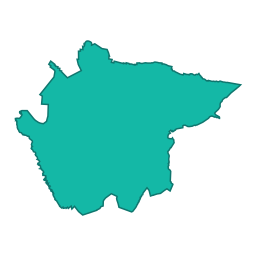 Chalchicomula de Sesma, Puebla, Mexico
{"feature_id": "50627088B80469621247592", "entity_name": "Chalchicomula de Sesma", "entity_type": "district", "adm_level": 2, "iso_a3": "MEX", "parent_name": "Mexico", "parent_adm1": "Puebla", "projection": "albers", "projection_center": [-97.433, 18.977], "detail": "fine", "context": "isolated", "style": "filled", "palette": "teal", "viewbox_px": 256, "rotation_deg": 0, "n_neighbors": 0, "source": "geoboundaries", "source_scale": "gbopen_adm2", "svg_char_len": 5685}
<svg xmlns="http://www.w3.org/2000/svg" viewBox="0 0 256 256"><path d="M77.1,59.3L78.3,64.5L81.3,70.6L67.4,77.8L61.5,71.8L61.6,71.0L59.6,70.5L59.8,68.4L57.7,68.1L57.9,66.7L55.7,66.4L55.8,65.9L54.5,65.0L54.9,64.4L50.7,61.1L48.8,64.3L50.9,65.9L50.2,67.0L54.4,70.1L54.3,70.3L55.0,71.2L54.0,77.0L39.9,94.6L42.3,96.1L41.6,104.1L48.3,104.5L47.9,116.6L47.7,116.8L46.5,121.4L43.4,123.7L40.8,123.3L39.3,122.8L38.1,122.2L35.4,120.4L33.7,118.7L27.2,110.6L21.9,110.6L19.7,111.6L19.6,112.5L19.9,113.2L20.2,113.5L20.3,112.5L20.7,112.1L21.1,112.0L21.0,112.6L21.9,114.6L21.7,115.5L21.1,116.5L19.7,118.2L19.3,118.4L17.0,118.2L15.4,118.5L15.5,119.8L16.1,120.1L16.0,120.3L16.3,120.2L16.8,121.3L16.6,121.4L16.9,122.7L16.8,124.6L17.3,126.0L17.3,127.6L17.8,129.0L18.5,130.0L19.0,131.3L19.6,132.2L19.9,132.4L21.4,132.7L22.4,134.2L23.2,134.7L23.2,134.9L23.8,134.9L24.0,134.6L24.4,135.1L26.1,135.3L27.3,136.1L27.9,136.3L28.3,136.2L28.7,136.5L29.1,136.5L29.1,137.2L29.4,137.8L29.4,138.5L31.8,140.4L32.3,141.0L32.4,142.3L32.0,142.8L31.4,144.7L31.8,145.7L32.4,146.6L31.6,146.9L31.5,148.2L31.7,148.7L31.4,148.7L31.6,149.1L32.1,149.2L32.2,149.4L33.0,150.4L33.5,151.7L34.9,152.1L35.5,152.5L35.7,154.2L35.3,154.5L35.7,155.5L36.5,156.2L37.3,157.2L37.6,158.9L37.1,159.4L38.4,159.9L39.7,161.4L38.3,163.6L37.9,163.4L37.7,164.1L39.1,164.5L39.3,164.7L38.7,165.1L39.0,165.3L39.8,165.4L40.4,165.9L40.5,166.8L40.5,168.0L40.9,168.2L40.0,168.7L41.6,169.1L41.4,169.1L41.5,169.3L42.2,170.3L42.7,170.4L43.1,171.0L43.3,171.7L43.3,172.5L43.5,172.5L42.7,173.7L43.1,174.6L42.8,174.9L42.9,175.4L44.2,175.4L45.4,175.8L45.9,176.1L45.3,177.4L45.3,177.9L45.8,177.9L45.5,178.6L44.7,179.2L44.4,178.9L43.8,179.5L44.0,179.9L44.6,179.5L45.0,179.9L45.3,179.8L45.0,180.3L45.5,180.3L45.7,180.5L46.4,180.3L47.8,181.2L46.8,181.0L46.3,181.6L46.6,181.9L47.0,181.7L47.1,182.0L46.7,182.3L46.9,182.3L47.1,182.7L47.7,183.0L47.9,183.4L47.6,183.4L47.5,183.1L46.6,183.7L47.3,184.2L48.0,183.8L47.7,184.4L47.8,185.0L49.0,185.0L48.7,185.1L48.8,186.0L49.4,185.9L49.3,186.1L49.5,186.2L49.3,186.4L49.5,186.5L48.9,186.7L49.0,186.9L49.5,186.7L49.7,187.1L49.2,187.5L49.3,188.1L49.2,188.3L49.3,188.6L50.9,189.4L50.5,189.5L50.8,190.2L51.1,190.1L51.3,190.4L50.9,190.7L50.9,191.0L51.6,191.4L52.3,191.1L52.7,192.6L53.1,192.4L53.7,193.8L53.0,194.3L53.4,195.9L53.9,196.4L54.1,197.1L55.1,198.8L54.9,199.5L55.9,200.4L56.4,200.5L58.4,203.9L59.1,205.1L59.9,206.0L59.7,206.3L61.7,208.0L63.0,207.2L63.3,208.3L66.2,207.8L66.3,208.2L67.6,207.2L68.3,208.4L71.1,206.1L71.9,209.0L74.5,206.3L78.6,211.6L82.7,215.0L96.8,210.3L96.8,210.0L99.8,208.5L101.0,206.6L103.1,206.0L103.3,201.3L103.7,200.3L105.5,198.0L111.3,193.7L116.9,196.3L117.1,196.8L116.6,198.3L116.9,200.0L118.1,203.6L119.0,207.3L131.6,211.9L132.8,211.3L135.8,207.4L136.8,205.5L136.8,205.1L137.5,204.3L137.9,203.1L138.3,202.8L138.3,202.3L139.0,201.8L139.1,201.3L138.9,200.9L139.1,200.5L139.8,199.8L139.7,199.3L140.2,198.9L140.4,198.4L140.2,197.3L140.5,197.0L141.3,196.8L141.5,196.4L141.5,195.4L142.7,194.7L142.9,194.0L142.9,193.4L143.2,192.8L147.0,187.8L149.1,190.4L150.5,196.0L153.3,195.1L153.6,195.2L153.9,195.0L156.9,194.0L160.5,193.4L164.6,190.3L166.9,188.8L170.1,191.0L172.9,184.4L172.8,184.1L171.2,183.1L171.1,182.0L170.6,181.7L170.3,181.1L170.7,171.3L169.9,170.0L168.7,169.2L168.3,168.4L168.1,166.2L168.6,165.8L168.9,165.1L168.3,163.8L168.7,163.7L168.9,163.4L168.8,162.8L169.0,162.5L168.8,162.2L169.1,161.9L169.0,161.6L169.0,161.0L168.8,160.5L168.7,159.0L169.2,155.9L168.7,154.4L168.1,153.5L167.8,151.6L169.2,150.0L170.5,147.7L171.0,147.7L174.1,142.7L173.8,141.0L173.8,139.9L173.2,139.4L172.5,137.9L172.0,138.5L171.2,138.8L169.0,138.5L168.3,138.2L167.8,137.6L168.0,135.6L168.6,134.1L170.3,133.2L169.2,131.5L170.8,130.2L171.7,131.4L172.3,130.8L172.9,131.7L173.3,131.3L173.8,131.2L174.1,130.7L175.4,130.1L175.6,129.8L175.4,129.7L176.4,128.9L182.8,127.7L182.9,125.7L183.8,125.2L185.3,125.2L187.8,126.5L189.2,126.6L192.2,126.2L194.3,125.2L195.5,125.5L196.3,125.0L197.0,125.0L202.8,122.2L208.5,118.3L209.7,116.7L211.4,116.1L212.5,116.2L214.5,117.1L215.1,116.8L216.7,117.6L218.2,117.6L218.8,117.9L219.2,118.4L219.5,118.4L219.5,117.3L219.2,116.8L215.7,114.8L215.0,113.8L214.8,113.3L215.0,112.6L215.3,112.3L218.4,109.4L220.0,106.9L220.2,106.1L220.0,105.0L220.3,103.3L220.7,102.4L221.9,101.5L222.5,99.9L222.9,99.4L225.0,97.7L226.5,97.5L227.0,97.1L231.0,92.9L238.9,86.5L240.6,84.8L227.2,82.4L226.0,82.5L225.0,82.2L223.0,82.0L220.2,81.1L219.7,81.2L219.0,81.6L218.1,81.8L216.3,81.2L215.1,81.6L213.6,81.2L212.8,81.4L211.1,81.2L209.7,80.7L209.0,80.7L208.5,80.4L208.1,80.5L207.9,81.0L207.3,80.7L206.5,80.8L205.2,79.6L204.3,79.1L202.6,78.7L202.0,77.4L201.4,77.3L201.0,76.3L199.7,75.0L198.9,73.5L197.7,74.6L196.8,74.3L196.3,74.4L195.6,74.6L195.1,75.1L193.9,74.9L192.2,73.9L191.7,73.8L190.1,73.8L189.6,74.8L189.4,74.8L188.8,74.8L188.5,74.5L186.0,74.4L186.0,74.2L183.7,73.5L183.4,74.7L183.1,74.9L180.1,74.2L176.3,72.3L175.4,72.0L174.5,71.1L172.9,70.9L172.4,70.4L171.9,69.5L172.1,69.2L171.3,68.9L171.9,66.6L168.3,65.8L165.8,64.5L165.3,64.5L164.1,64.0L162.5,63.9L162.2,64.1L162.0,63.0L158.6,62.8L158.0,62.5L155.3,62.1L154.6,62.1L152.7,62.9L151.7,62.8L150.8,63.1L147.9,63.1L145.3,62.8L142.0,63.5L139.7,63.2L139.6,62.9L136.9,63.0L136.9,64.5L134.9,64.4L134.9,65.0L130.8,63.9L129.9,64.3L129.5,64.2L129.2,63.9L129.1,63.5L126.3,62.8L126.3,63.7L123.5,63.0L123.5,63.6L114.2,61.2L113.8,62.9L111.4,62.4L112.1,59.5L108.8,58.9L109.0,55.9L109.4,56.0L108.5,52.8L107.1,49.5L102.0,48.6L94.8,43.8L91.6,45.2L91.7,43.9L91.4,42.7L90.7,42.0L88.8,41.1L87.1,41.0L86.2,41.4L85.5,42.2L84.9,43.0L84.6,44.8L84.1,44.3L84.1,46.3L83.3,47.2L82.7,46.7L82.9,49.6L80.3,49.3L80.4,51.1L78.5,51.2L78.6,59.3L77.1,59.3Z" fill="#14b8a6" stroke="#0f766e" stroke-width="1.5"/></svg>